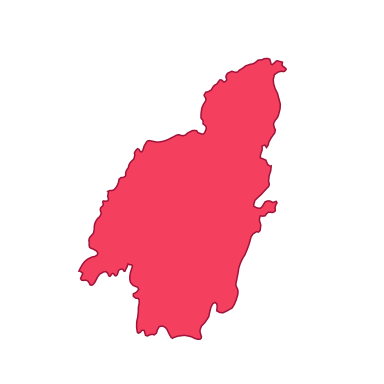 outline of Zhlobin, Gomel, Belarus, rotated 107°
{"feature_id": "67162791B87321103764300", "entity_name": "Zhlobin", "entity_type": "district", "adm_level": 2, "iso_a3": "BLR", "parent_name": "Belarus", "parent_adm1": "Gomel", "projection": "natural_earth1", "projection_center": [29.946, 52.8], "detail": "fine", "context": "isolated", "style": "filled", "palette": "rose", "viewbox_px": 384, "rotation_deg": 107, "n_neighbors": 0, "source": "geoboundaries", "source_scale": "gbopen_adm2", "svg_char_len": 5160}
<svg xmlns="http://www.w3.org/2000/svg" viewBox="0 0 384 384"><g transform="rotate(107 192 192)"><path d="M216.1,272.8L216.7,271.9L219.2,271.6L221.1,271.3L222.8,269.9L224.9,269.9L225.8,271.2L226.3,272.8L226.3,273.8L226.9,274.5L227.7,274.4L229.3,273.5L230.4,273.1L231.7,273.5L232.5,274.0L233.8,274.7L234.9,274.7L236.1,274.4L237.2,273.7L238.4,272.9L239.4,272.5L241.9,272.9L243.4,273.5L244.7,274.4L246.5,275.0L248.4,275.5L250.4,275.7L252.4,275.6L254.8,275.0L256.4,274.6L258.6,274.3L260.3,274.3L262.8,275.3L264.2,276.1L266.1,276.7L268.7,276.4L270.1,275.6L272.8,274.9L274.8,273.8L275.4,272.1L275.4,270.5L275.7,268.9L276.0,267.4L276.4,266.0L277.4,264.7L278.6,264.1L280.2,264.4L282.0,266.0L282.7,267.4L284.0,269.4L285.0,270.3L286.0,271.6L288.0,273.1L289.9,274.3L293.0,275.5L295.2,276.0L297.8,276.6L300.6,277.0L300.5,276.8L300.8,274.8L301.6,272.6L303.9,272.9L307.4,273.3L308.6,271.8L308.3,269.9L307.5,268.3L307.4,266.3L307.7,265.4L309.0,263.8L310.7,262.2L310.5,260.7L309.6,259.7L307.0,258.5L304.1,258.0L300.3,257.3L297.4,256.2L296.3,255.1L294.2,253.1L293.3,250.9L294.5,248.6L295.9,247.6L296.8,246.3L296.3,245.5L293.9,244.8L292.9,243.8L293.2,242.7L294.4,241.7L294.5,240.3L292.9,239.3L289.8,239.3L288.2,239.1L287.1,238.1L286.3,237.0L286.1,235.8L287.0,234.6L287.7,233.6L287.3,232.9L285.6,232.8L282.5,232.2L279.5,232.2L279.8,230.1L279.2,228.4L280.1,227.3L284.1,227.3L287.0,227.3L290.5,226.9L293.2,226.1L295.0,225.3L296.3,224.4L297.5,222.8L298.5,221.1L298.8,218.4L299.0,216.1L300.7,214.5L303.9,215.7L305.5,217.2L306.5,218.3L308.6,217.8L309.3,216.7L310.0,214.6L309.5,212.1L311.3,210.7L313.8,210.0L317.8,209.6L322.0,208.4L327.2,207.4L332.5,206.9L338.0,205.3L342.2,203.2L342.7,202.0L341.4,200.5L338.7,199.3L338.4,197.2L340.4,196.0L342.7,194.5L342.7,192.5L341.2,191.0L339.7,188.5L339.7,186.4L337.4,184.8L333.9,184.8L330.4,184.0L329.7,182.9L328.7,180.6L329.4,177.8L330.7,175.7L332.2,174.4L333.5,173.2L335.2,171.6L336.5,170.1L337.3,169.3L337.5,167.9L337.4,167.9L336.1,166.4L334.0,163.4L332.6,160.3L331.3,157.4L330.8,153.5L330.6,150.3L331.2,146.7L331.2,143.5L330.3,141.1L329.2,140.5L327.7,140.6L325.5,142.1L323.1,143.6L321.0,144.0L317.4,143.7L313.2,141.6L309.5,140.4L306.3,139.5L303.8,139.8L300.4,140.0L296.4,140.2L292.9,139.5L290.9,137.8L291.7,135.6L294.0,134.5L295.8,134.1L298.4,133.6L299.1,130.4L298.5,127.1L295.5,123.8L292.9,121.4L291.3,119.8L287.2,118.7L282.5,118.2L276.8,118.2L273.3,119.0L271.2,120.3L269.5,122.0L267.5,123.1L263.7,123.5L260.0,123.9L255.9,124.3L251.1,125.0L247.6,125.0L243.9,124.7L239.8,124.0L236.8,123.1L231.3,122.5L226.2,122.2L222.7,122.2L217.9,122.4L214.4,121.5L211.1,118.7L210.9,116.7L209.0,115.6L204.5,116.3L203.3,116.7L201.7,117.7L199.7,119.1L197.8,119.7L194.8,119.7L194.5,117.5L193.4,115.1L191.0,114.3L189.2,113.3L188.6,111.7L188.1,109.0L186.4,107.1L184.9,107.0L184.0,107.4L182.7,108.0L179.8,108.1L177.7,107.5L176.3,108.7L178.4,111.6L177.9,113.9L177.9,115.3L178.5,117.2L180.0,119.2L182.2,119.8L185.4,120.6L187.5,121.8L188.1,124.0L188.1,125.9L187.6,128.6L186.2,129.3L181.6,129.4L178.7,127.8L176.6,126.6L174.7,125.4L171.5,123.9L166.4,121.4L164.5,120.4L162.4,120.2L161.0,120.8L159.5,121.9L154.9,122.8L152.4,123.0L148.9,122.9L144.2,123.8L144.5,124.0L143.7,127.5L141.2,129.7L139.9,130.7L139.5,134.9L139.3,136.8L135.5,137.4L131.3,137.2L127.5,138.4L125.8,136.2L127.7,133.7L124.8,132.9L121.8,133.1L117.4,132.2L113.6,131.0L111.5,130.2L108.3,130.4L106.4,132.1L103.7,133.7L102.0,134.0L99.1,133.4L95.9,132.1L93.0,131.8L86.8,132.1L82.2,133.2L77.2,136.3L72.7,139.1L68.8,142.8L64.6,145.6L60.6,147.2L55.7,147.5L52.1,144.7L50.4,141.8L50.2,140.0L49.4,138.7L47.3,137.8L46.4,138.4L45.6,140.5L44.7,142.7L43.5,143.2L41.4,143.4L41.5,146.1L41.6,149.0L42.5,150.0L44.0,150.7L45.6,151.8L46.8,152.5L46.6,153.8L44.6,154.9L42.3,156.5L42.2,158.9L43.5,162.1L45.3,163.9L45.7,165.4L46.6,167.4L49.4,169.1L51.1,170.6L52.0,171.8L52.8,173.6L55.8,177.7L57.4,178.7L59.7,180.5L61.7,182.4L63.9,183.4L64.9,185.6L64.9,187.4L64.9,189.3L66.5,191.0L67.1,191.7L67.9,192.6L69.6,193.3L72.0,193.3L72.8,192.7L74.4,191.6L75.9,192.0L77.5,193.4L77.4,194.0L76.9,194.9L76.4,195.8L76.3,197.2L76.7,198.2L78.6,198.9L81.4,199.8L82.1,200.4L83.0,201.4L84.7,202.4L87.3,203.1L88.8,203.3L89.5,204.3L90.7,205.1L91.8,206.5L92.5,208.0L95.7,208.8L96.9,208.0L98.2,206.3L100.4,205.5L102.4,206.0L104.9,206.7L108.4,207.1L110.6,206.9L113.1,206.5L115.8,205.9L117.0,205.5L118.5,205.1L119.4,204.0L120.4,202.4L122.1,201.8L123.7,201.3L124.7,198.6L125.7,197.5L127.1,196.9L130.3,197.1L132.6,197.6L133.6,198.5L133.6,201.0L133.5,203.7L132.0,205.5L132.4,207.7L133.1,209.5L135.7,212.3L137.1,213.6L139.7,215.1L141.0,217.6L141.1,220.0L141.1,221.7L142.3,223.6L144.1,225.3L146.0,227.3L148.7,230.1L150.6,232.4L151.8,234.3L153.1,236.6L154.2,239.1L154.7,241.1L154.9,243.8L155.1,245.6L155.2,247.5L156.1,249.4L157.7,250.2L162.1,251.2L164.6,251.2L166.6,251.2L168.5,252.0L168.3,253.5L166.7,255.2L166.5,256.8L169.2,258.1L171.6,258.5L172.9,257.7L175.1,257.3L177.4,257.3L179.1,258.2L181.9,259.7L184.6,260.2L187.3,260.0L189.2,260.6L191.3,261.1L193.6,260.9L196.0,260.1L198.0,261.7L199.0,264.2L201.1,265.5L204.4,265.1L207.7,265.4L210.9,266.3L213.1,267.6L214.1,269.4L214.7,271.2L216.1,272.8Z" fill="#f43f5e" stroke="#9f1239" stroke-width="1.5"/></g></svg>